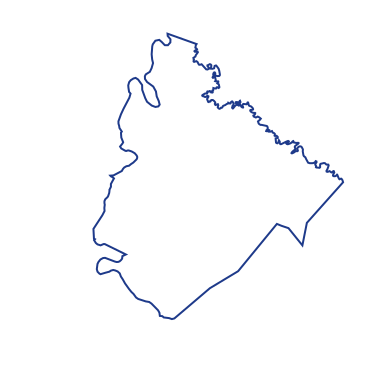 outline of San Jorge Nuchita, Oaxaca, Mexico, rotated 37°
{"feature_id": "50627088B4984202667575", "entity_name": "San Jorge Nuchita", "entity_type": "district", "adm_level": 2, "iso_a3": "MEX", "parent_name": "Mexico", "parent_adm1": "Oaxaca", "projection": "orthographic", "projection_center": [-98.098, 17.686], "detail": "fine", "context": "isolated", "style": "outline", "palette": "blue", "viewbox_px": 384, "rotation_deg": 37, "n_neighbors": 0, "source": "geoboundaries", "source_scale": "gbopen_adm2", "svg_char_len": 5831}
<svg xmlns="http://www.w3.org/2000/svg" viewBox="0 0 384 384"><g transform="rotate(37 192 192)"><path d="M261.7,96.1L259.7,96.0L258.9,95.6L256.1,93.0L254.9,91.2L252.6,90.1L251.5,90.1L250.7,90.6L250.0,91.6L249.7,93.3L250.1,94.1L251.7,95.3L251.7,95.8L251.4,96.2L250.8,96.5L250.2,97.1L249.5,99.4L248.6,101.0L248.0,101.0L247.9,99.4L248.9,95.3L247.7,94.8L246.9,94.1L246.7,93.1L247.7,89.7L247.7,88.8L247.2,88.8L245.7,90.1L243.2,91.3L242.7,90.6L242.2,90.4L241.9,91.0L241.8,92.7L241.1,94.3L239.8,96.2L238.9,96.6L238.2,96.5L238.2,95.8L239.0,93.4L238.6,93.2L238.0,93.4L237.0,95.0L234.5,100.0L233.8,100.6L233.3,100.5L232.0,99.5L231.7,98.9L230.3,98.4L231.0,100.3L231.1,101.1L230.9,101.7L230.0,102.1L229.3,101.9L226.7,99.1L226.5,98.8L227.6,97.7L227.7,97.1L227.6,96.7L227.3,96.4L225.7,96.2L224.9,97.0L224.5,97.3L224.0,97.3L223.5,96.1L223.1,95.7L221.9,95.6L220.7,96.0L219.2,95.2L218.2,96.7L217.3,97.4L216.5,96.1L216.1,96.2L215.9,97.5L215.5,98.3L214.6,98.7L214.3,97.9L214.5,96.7L214.1,95.4L213.3,94.7L212.6,94.3L211.9,94.3L207.2,96.5L206.2,97.2L204.7,97.3L203.9,97.1L202.2,95.9L202.8,93.4L202.8,92.0L200.9,91.9L199.1,92.2L198.5,93.5L198.1,94.1L195.8,94.6L195.0,94.0L195.5,92.9L195.4,91.6L195.0,90.9L194.7,90.9L193.7,91.7L192.4,92.2L191.2,92.4L190.1,92.3L189.4,91.8L189.3,91.4L189.4,91.2L190.4,90.4L191.0,89.7L191.1,89.3L190.8,88.9L189.8,88.4L187.8,88.1L185.8,88.7L185.3,88.6L183.0,86.8L182.7,86.8L182.5,87.1L182.9,88.9L182.8,89.1L180.1,90.7L179.9,91.1L180.0,92.5L181.5,93.3L181.9,93.6L181.9,93.9L181.1,94.2L180.1,94.2L177.6,93.1L177.8,94.0L177.5,94.8L176.5,95.0L176.7,94.0L176.7,91.4L176.6,91.0L175.4,90.2L175.3,90.4L175.6,92.2L175.5,92.7L174.5,92.7L173.1,93.6L172.9,94.0L173.3,94.6L173.8,94.7L174.8,94.4L175.1,94.8L175.1,95.7L174.6,97.0L174.5,100.4L174.4,100.7L173.6,100.7L173.1,100.3L172.8,99.2L172.5,98.7L172.6,97.3L172.0,96.3L170.6,95.7L169.7,95.4L169.4,95.6L169.0,97.0L169.5,98.0L169.3,98.3L168.7,98.7L167.2,98.9L167.5,99.8L166.8,100.7L166.2,102.6L165.2,104.2L165.0,104.9L165.3,106.3L165.0,106.9L164.4,107.3L164.4,108.1L163.9,109.0L163.2,109.2L161.7,109.0L161.4,108.6L160.8,106.9L159.8,106.3L159.1,107.3L158.6,108.3L158.2,108.4L157.2,107.9L157.0,106.9L156.5,106.4L154.9,106.0L153.2,106.0L152.2,106.8L151.9,107.6L152.2,108.0L152.2,108.7L151.4,109.2L151.3,110.1L150.7,110.3L148.2,108.8L148.0,108.3L147.9,106.5L147.5,105.7L146.7,105.8L146.3,106.2L146.1,107.1L145.7,107.8L145.2,108.3L144.5,108.3L143.2,108.9L142.2,108.9L142.0,108.3L143.1,105.6L143.8,104.9L144.4,104.7L144.8,104.2L144.6,103.8L143.9,103.1L143.8,102.4L145.1,101.8L145.3,101.4L145.2,100.9L145.5,100.6L147.4,101.0L148.5,100.2L148.5,99.9L147.4,99.3L147.2,98.9L147.8,98.2L146.5,96.1L147.9,95.6L148.9,94.9L149.0,94.6L148.7,93.7L148.8,93.4L149.1,93.1L150.7,92.9L150.9,92.1L150.7,91.7L148.6,89.9L146.8,90.0L146.8,88.2L146.4,87.9L144.6,89.2L143.8,89.5L143.7,88.4L141.5,86.5L140.8,86.7L140.1,88.2L139.5,88.1L139.3,87.5L139.6,86.8L138.1,85.2L137.7,84.3L137.7,83.2L138.1,82.8L138.9,83.0L139.3,83.4L140.0,84.9L140.7,84.8L142.4,84.2L143.8,83.1L144.0,82.2L143.5,81.3L140.8,78.8L139.0,77.5L136.0,76.6L135.0,76.5L134.2,77.7L135.2,79.9L134.2,81.3L132.6,82.3L131.7,79.9L131.1,79.1L130.0,78.9L129.2,79.3L128.7,80.6L128.1,81.6L128.7,82.2L131.3,82.7L131.2,83.6L130.7,84.8L129.5,85.5L122.8,84.2L121.7,85.7L120.8,86.1L118.0,84.8L116.7,84.9L115.4,86.8L115.0,86.9L114.7,86.8L114.5,86.1L113.8,85.6L113.8,85.0L112.4,84.1L113.2,81.7L112.7,80.6L112.6,76.9L112.0,76.5L110.0,78.2L109.2,78.0L109.4,76.9L110.2,75.1L109.7,74.8L107.8,74.7L106.7,72.4L106.6,71.1L77.2,80.3L78.7,82.0L82.9,83.0L84.7,85.6L84.4,89.3L81.9,91.1L77.6,90.4L74.3,90.2L71.7,93.2L71.8,97.7L72.6,99.6L76.9,106.3L80.4,110.1L83.3,112.5L85.2,117.4L86.0,121.4L84.3,125.9L84.7,127.9L86.4,130.0L89.9,131.2L97.6,131.1L102.7,133.4L106.3,136.9L110.6,139.3L113.6,141.7L113.6,143.9L111.6,146.1L107.8,147.2L101.8,147.0L98.2,145.2L90.8,140.4L87.8,136.6L81.3,134.6L78.3,134.8L76.9,136.6L75.8,139.6L75.7,142.1L76.9,145.2L78.5,147.0L81.5,149.9L83.7,150.4L85.2,154.3L87.2,166.6L88.5,172.7L90.7,179.8L92.2,181.7L94.0,183.0L95.5,184.5L99.6,186.0L99.6,187.4L102.8,191.1L107.1,193.7L107.3,195.1L107.2,199.0L109.3,199.8L114.1,199.2L115.0,198.6L115.5,197.7L116.5,196.9L119.5,195.9L122.9,195.5L125.7,196.1L126.9,196.7L127.7,197.7L128.1,199.2L127.4,203.9L126.5,206.4L125.9,208.9L124.1,210.9L123.1,213.3L123.0,215.2L123.3,217.5L119.3,226.0L116.9,228.1L117.7,228.3L119.5,228.0L121.5,228.1L122.4,234.4L124.1,236.6L124.8,240.1L125.2,240.4L126.5,242.7L127.5,245.8L127.6,246.9L127.1,250.0L127.6,252.0L128.7,253.5L130.0,254.7L131.6,257.5L133.6,259.8L134.4,264.6L135.5,280.8L141.8,288.3L142.9,288.1L142.8,289.4L145.9,290.6L148.1,290.7L151.1,289.6L152.7,286.8L153.6,286.1L176.8,281.7L175.0,285.1L176.3,287.3L176.3,289.1L175.9,291.0L175.1,292.3L173.9,293.3L172.2,294.0L162.2,296.9L160.7,298.3L159.5,301.0L159.4,304.1L159.8,306.3L162.4,310.9L164.5,312.5L167.2,312.9L168.4,312.7L171.5,308.5L174.0,305.3L174.5,303.7L176.0,301.7L177.8,300.9L180.4,300.2L183.3,300.5L186.1,302.3L189.2,303.4L193.5,305.3L200.2,307.4L203.8,308.3L206.6,308.6L210.8,309.9L213.4,309.8L220.9,307.2L224.0,305.6L226.8,305.5L236.1,306.9L238.6,308.0L240.9,310.3L243.1,309.0L244.9,309.2L249.6,306.5L252.4,305.6L254.0,303.6L264.2,258.0L276.5,227.5L279.0,166.4L283.9,165.1L290.8,162.8L312.3,168.2L302.3,147.5L306.8,93.3L305.0,92.0L303.5,91.5L303.0,91.6L302.2,93.0L301.5,93.0L299.8,92.1L297.6,90.8L297.4,90.8L297.3,91.5L297.3,92.3L297.0,93.0L296.0,93.9L295.3,94.2L294.7,94.0L294.3,93.2L293.9,90.8L292.8,90.0L292.3,90.2L292.0,92.2L291.5,92.5L289.6,92.5L289.2,92.6L288.3,94.2L287.3,94.7L286.7,94.3L286.3,91.9L285.2,88.6L284.4,88.1L282.8,89.2L280.8,89.0L279.9,89.5L277.7,92.2L277.9,93.1L279.4,95.1L279.3,95.9L276.5,97.6L276.0,97.6L275.5,96.6L274.0,96.0L273.7,95.5L273.5,93.2L273.0,92.7L272.2,92.9L272.3,94.5L271.2,96.2L268.8,98.1L267.1,98.7L263.5,97.1L261.7,96.1Z" fill="none" stroke="#1e3a8a" stroke-width="2"/></g></svg>